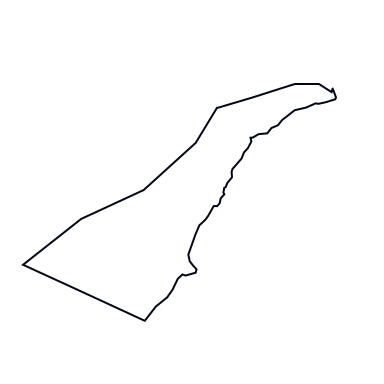 Ti Delcer, Soufrière, Saint Lucia (Albers equal-area conic projection), rotated 47°
{"feature_id": "8701671B68975897642122", "entity_name": "Ti Delcer", "entity_type": "district", "adm_level": 2, "iso_a3": "LCA", "parent_name": "Saint Lucia", "parent_adm1": "Soufrière", "projection": "albers", "projection_center": [-61.052, 13.833], "detail": "fine", "context": "isolated", "style": "outline", "palette": "ink", "viewbox_px": 384, "rotation_deg": 47, "n_neighbors": 0, "source": "geoboundaries", "source_scale": "gbopen_adm2", "svg_char_len": 1016}
<svg xmlns="http://www.w3.org/2000/svg" viewBox="0 0 384 384"><g transform="rotate(47 192 192)"><path d="M147.5,116.4L158.6,155.8L157.6,226.0L136.1,291.4L130.0,365.2L196.2,338.0L253.5,314.6L254.0,314.3L251.1,296.6L252.1,281.8L250.2,272.9L245.8,261.6L245.8,255.2L248.7,253.7L253.5,244.4L251.6,241.4L246.8,241.4L241.1,240.9L239.0,239.6L235.3,237.4L225.3,218.2L221.4,209.4L221.4,201.0L220.5,196.5L217.1,185.7L219.5,183.2L219.0,179.3L216.2,175.3L215.7,169.9L213.8,169.4L210.9,165.5L211.4,164.0L209.5,160.1L208.5,152.7L204.2,149.2L202.8,146.7L202.7,146.2L202.3,141.8L201.3,132.9L198.5,127.0L198.0,121.1L195.6,114.2L192.2,112.2L193.7,110.3L195.1,103.9L200.4,97.0L199.4,90.1L201.8,83.7L200.8,76.7L201.0,75.0L202.1,62.7L202.3,61.0L208.0,51.1L208.3,50.4L211.4,41.3L211.9,40.9L213.8,39.3L215.7,36.1L217.6,32.9L221.9,24.0L221.4,23.0L221.1,22.2L214.4,19.4L214.1,19.3L212.5,18.8L212.5,19.1L214.1,21.8L199.6,25.5L183.1,43.2L163.3,85.0L149.1,113.5L147.7,116.3L147.5,116.4Z" fill="none" stroke="#020617" stroke-width="2"/></g></svg>